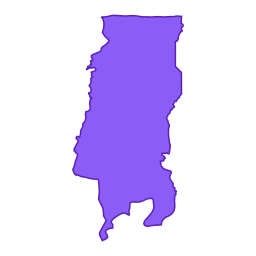 Kaoh Thum, Kândal, Cambodia
{"feature_id": "14789045B38672734120910", "entity_name": "Kaoh Thum", "entity_type": "district", "adm_level": 2, "iso_a3": "KHM", "parent_name": "Cambodia", "parent_adm1": "Kândal", "projection": "mercator", "projection_center": [105.071, 11.071], "detail": "fine", "context": "isolated", "style": "filled", "palette": "violet", "viewbox_px": 256, "rotation_deg": 0, "n_neighbors": 0, "source": "geoboundaries", "source_scale": "gbopen_adm2", "svg_char_len": 5769}
<svg xmlns="http://www.w3.org/2000/svg" viewBox="0 0 256 256"><path d="M181.5,16.3L180.5,16.4L178.3,16.1L176.9,16.1L175.7,16.2L174.5,16.5L173.4,16.6L166.7,16.7L165.7,17.0L160.8,16.8L158.7,16.7L156.4,16.7L154.5,16.8L152.1,17.0L150.1,17.0L148.6,16.9L144.8,16.9L143.1,16.9L136.3,15.9L134.7,15.7L130.3,15.7L126.3,16.0L124.5,16.0L121.5,15.8L116.9,15.5L114.8,15.4L112.7,15.4L111.1,15.7L108.0,16.4L106.4,16.7L103.7,17.0L102.3,16.9L101.6,17.3L102.4,18.2L103.2,19.7L103.9,22.4L103.9,26.8L103.4,28.8L103.1,30.3L102.5,32.6L104.9,36.3L107.8,39.0L108.7,40.0L109.1,40.6L108.4,41.9L106.3,44.1L105.1,45.1L102.5,46.8L101.7,47.6L101.3,48.6L101.2,49.4L101.1,50.1L100.7,51.0L99.8,51.6L97.8,52.5L96.4,53.1L95.1,53.6L92.2,54.9L91.5,55.5L91.3,56.2L91.4,57.1L91.8,58.0L92.6,58.5L92.7,59.4L92.1,59.7L92.0,60.6L91.8,61.0L91.4,61.0L91.0,60.8L90.6,60.9L90.7,61.8L91.4,64.3L90.5,64.3L90.1,64.9L90.3,65.7L90.1,66.1L89.7,66.4L89.2,66.6L88.6,66.4L88.2,66.1L87.7,66.6L87.8,67.3L87.5,68.1L87.3,68.5L86.8,68.8L86.5,69.2L86.7,69.5L87.1,69.4L87.5,69.2L88.1,68.7L88.8,68.3L89.8,68.0L91.8,68.0L93.2,67.6L93.9,67.5L94.8,67.9L95.9,69.2L95.7,69.7L95.6,70.1L95.1,70.8L93.7,71.3L92.9,71.6L91.2,72.2L91.9,73.1L92.0,73.6L91.4,74.9L91.4,75.4L91.8,76.1L92.4,76.7L92.4,77.2L91.6,77.6L91.1,78.0L90.9,78.4L90.9,80.0L91.0,82.1L91.0,82.5L90.9,83.0L89.3,85.4L89.3,86.1L90.4,87.4L91.0,88.7L91.1,90.9L91.0,91.6L90.7,92.2L89.9,92.8L88.9,92.7L88.7,93.2L88.8,93.9L89.4,94.7L89.7,95.5L89.8,96.3L90.1,97.1L90.4,97.5L91.4,97.5L91.6,97.8L91.6,98.5L91.1,98.5L90.5,99.0L90.2,99.6L90.1,100.5L89.9,101.3L90.0,101.7L89.9,102.2L89.7,103.2L89.6,104.1L89.7,104.8L90.0,105.6L90.1,106.3L90.2,108.5L90.1,109.2L89.8,109.7L89.2,110.4L87.6,111.5L86.6,111.5L85.9,111.7L85.7,112.0L85.5,113.2L85.5,115.0L85.6,115.9L85.9,116.8L85.8,117.6L85.8,118.2L85.3,119.7L85.1,121.0L84.9,121.7L84.5,122.1L84.0,122.4L83.2,123.1L82.9,123.9L82.8,124.4L82.9,125.4L82.9,126.6L81.9,128.3L80.8,130.5L80.6,131.3L80.6,133.2L80.4,134.5L80.2,135.4L79.8,136.6L79.4,136.9L78.6,136.8L78.0,136.4L77.2,136.4L76.3,137.2L76.2,137.8L76.2,138.2L76.3,138.7L77.7,139.8L78.0,140.4L78.1,141.5L77.8,142.3L77.1,143.3L75.7,146.1L74.6,148.0L74.2,149.0L74.1,150.3L74.1,150.8L74.5,151.1L75.1,151.2L75.3,152.1L75.6,152.7L76.0,153.0L76.4,153.2L76.9,153.6L77.3,154.1L77.5,155.3L76.7,158.1L76.3,159.1L75.9,159.9L75.5,161.2L74.8,163.8L74.7,164.8L73.8,167.3L72.9,169.4L73.0,170.4L73.7,172.0L74.0,172.5L74.1,173.1L74.8,174.0L75.1,174.3L75.4,174.5L75.7,174.9L76.3,175.3L77.1,174.7L77.7,174.9L80.5,176.3L82.2,176.8L84.3,177.0L86.3,177.4L88.4,178.1L90.8,178.6L94.4,179.1L97.8,179.2L98.4,180.0L98.6,180.9L98.7,182.0L99.0,185.4L99.2,189.2L99.3,191.9L99.1,194.7L98.8,196.7L98.6,198.8L99.1,200.2L99.8,201.8L100.5,203.4L102.7,207.6L103.1,209.8L103.5,212.4L103.5,214.9L103.8,216.4L104.8,217.8L105.8,219.8L106.0,221.0L104.0,224.6L102.7,226.8L101.4,229.4L100.1,231.8L99.4,233.7L99.6,234.6L100.0,235.8L100.9,237.5L101.6,239.3L102.4,240.6L103.0,240.1L103.6,239.9L104.9,239.6L105.7,239.0L107.0,238.1L107.5,237.6L107.7,237.1L107.4,236.6L107.3,236.1L107.2,235.2L106.4,233.6L105.6,232.3L105.4,231.8L105.5,231.3L106.5,230.3L106.8,229.7L107.4,229.3L108.7,228.9L109.8,228.4L110.9,228.2L111.9,228.2L112.8,228.0L112.6,226.5L112.8,224.5L112.4,223.9L111.8,223.3L111.2,222.5L111.3,221.4L111.8,220.6L112.4,219.7L113.1,218.9L115.8,216.9L119.1,214.8L121.5,213.5L124.1,213.1L125.5,213.4L127.1,214.2L128.4,214.9L129.3,215.0L129.4,214.6L129.2,213.0L129.0,212.3L128.8,211.1L129.2,209.8L129.6,208.8L129.7,207.5L129.7,206.4L130.0,204.1L129.9,203.2L130.9,202.6L132.1,201.6L134.2,202.1L135.9,202.1L139.8,201.9L141.9,201.2L146.8,199.1L148.4,198.6L150.4,198.4L152.4,198.7L153.1,199.4L153.6,204.2L153.9,206.4L153.9,207.9L153.1,210.0L152.0,212.1L150.6,214.0L147.8,217.4L146.2,219.1L144.9,220.7L144.0,222.6L143.9,223.9L144.3,224.8L144.8,225.3L145.8,226.0L146.8,226.2L147.8,226.2L151.5,225.6L154.5,225.2L156.9,225.2L159.4,225.0L161.4,224.8L161.3,224.2L161.7,222.1L162.4,220.8L164.0,218.7L165.5,217.5L168.8,215.9L171.4,214.2L172.5,212.9L173.8,211.1L174.4,209.3L174.7,207.1L174.8,205.2L174.5,201.2L174.6,198.9L174.9,195.4L175.6,195.0L175.7,194.4L176.0,194.0L175.8,193.6L175.7,192.9L175.9,192.3L176.2,191.7L176.3,191.3L175.9,190.8L175.4,191.3L175.1,191.1L174.8,190.5L174.6,188.8L174.9,188.2L174.6,187.6L173.9,187.4L173.4,187.1L172.9,186.6L172.8,186.1L173.1,185.5L173.1,183.9L172.9,183.1L171.2,181.0L170.6,179.9L170.2,178.9L169.8,177.6L169.8,176.3L170.2,175.3L171.3,172.7L171.3,172.4L171.3,171.9L171.1,171.5L170.6,171.1L166.3,169.9L165.2,169.4L163.9,168.7L162.7,167.9L161.9,166.7L160.7,164.9L161.0,163.3L160.6,162.6L160.3,161.9L160.2,161.3L161.0,161.1L162.0,161.1L163.0,161.0L163.8,160.5L163.9,159.8L163.5,159.2L163.8,158.9L164.4,158.8L165.1,158.5L165.0,158.0L164.8,157.2L164.5,156.8L161.7,154.6L161.6,154.0L161.9,153.5L163.2,153.2L164.9,153.5L165.8,153.4L166.8,152.7L167.3,153.0L168.1,153.8L168.6,153.9L169.0,153.5L169.4,152.5L169.6,151.1L169.6,150.3L170.3,146.1L170.1,144.9L169.7,143.6L169.4,142.3L168.8,138.2L168.6,136.5L168.4,134.5L168.5,129.0L169.2,126.1L169.3,125.1L169.2,124.5L168.8,123.9L168.3,123.2L168.2,122.9L168.1,122.1L168.0,121.1L167.0,119.6L166.9,119.1L166.7,118.3L166.7,117.4L167.5,116.3L168.3,114.1L168.8,113.7L169.4,113.6L169.8,113.3L170.4,110.5L170.6,109.9L171.6,109.9L172.0,109.5L172.0,108.8L173.3,107.9L174.2,107.2L174.5,106.7L174.1,106.0L173.6,105.5L173.1,104.7L173.8,103.1L174.0,102.3L175.0,101.1L176.1,101.5L176.9,100.1L177.5,99.3L177.9,98.5L178.4,98.0L179.2,97.8L179.4,97.5L179.2,96.9L181.5,93.9L181.4,74.4L181.3,72.3L175.4,66.5L175.4,41.6L176.8,41.2L177.5,40.5L177.9,39.6L178.3,38.6L178.5,35.9L179.0,34.9L179.7,33.5L180.7,31.8L181.8,31.6L182.3,30.7L181.6,29.8L181.4,29.1L181.4,28.0L182.5,26.9L182.9,26.4L183.1,25.6L182.9,24.6L182.4,24.0L181.2,23.6L181.5,16.3Z" fill="#8b5cf6" stroke="#5b21b6" stroke-width="1.5"/></svg>